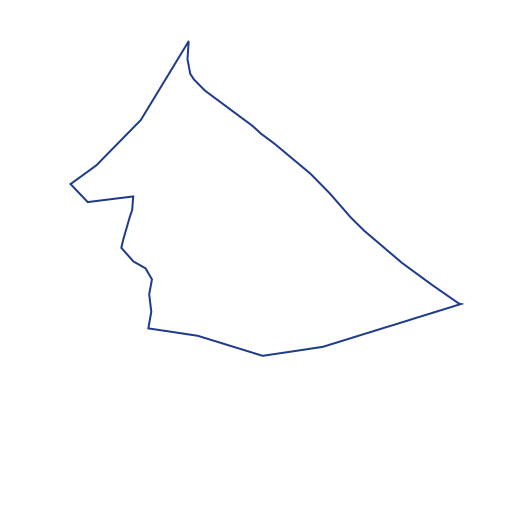 the district of Beliel, Southern Darfur, Sudan, rotated 309°
{"feature_id": "16777658B54519575625723", "entity_name": "Beliel", "entity_type": "district", "adm_level": 2, "iso_a3": "SDN", "parent_name": "Sudan", "parent_adm1": "Southern Darfur", "projection": "robinson", "projection_center": [25.18, 11.91], "detail": "fine", "context": "isolated", "style": "outline", "palette": "blue", "viewbox_px": 512, "rotation_deg": 309, "n_neighbors": 0, "source": "geoboundaries", "source_scale": "gbopen_adm2", "svg_char_len": 894}
<svg xmlns="http://www.w3.org/2000/svg" viewBox="0 0 512 512"><g transform="rotate(309 256 256)"><path d="M347.6,445.4L346.7,443.5L344.3,410.9L342.5,373.9L342.7,365.7L343.7,324.5L344.9,312.0L345.2,309.2L345.7,304.6L350.0,280.2L351.1,273.8L351.9,266.7L354.2,246.5L354.6,220.3L354.8,206.3L354.9,200.7L354.9,199.8L354.2,183.1L354.9,171.4L354.8,168.3L354.2,155.2L354.0,150.1L353.9,148.2L352.4,112.3L353.5,102.4L354.1,96.7L356.2,90.2L357.0,89.3L365.7,79.0L379.3,69.4L380.0,68.9L380.0,68.6L341.0,73.9L289.2,80.9L258.9,78.0L241.3,76.3L226.1,74.9L195.2,66.6L192.9,84.4L192.0,91.3L196.9,96.0L204.3,103.1L221.9,120.1L225.0,123.1L214.0,130.7L206.3,133.6L185.0,142.6L177.6,146.2L174.6,164.1L176.9,178.0L172.3,189.9L159.0,197.1L146.8,209.7L132.0,217.9L157.3,260.9L182.6,324.0L227.5,365.1L284.6,403.3L285.7,404.1L308.7,419.4L330.2,433.8L347.6,445.4Z" fill="none" stroke="#1e3a8a" stroke-width="2"/></g></svg>